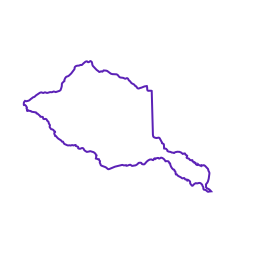 SVG path tracing the border of Apure, rotated 209°
{"feature_id": "VEN-25", "entity_name": "Apure", "entity_type": "State", "adm_level": 1, "iso_a3": "VEN", "parent_name": "Venezuela", "parent_adm1": "", "projection": "equal_earth", "projection_center": [-69.326, 7.078], "detail": "fine", "context": "isolated", "style": "outline", "palette": "violet", "viewbox_px": 256, "rotation_deg": 209, "n_neighbors": 0, "source": "natural_earth", "source_scale": "10m", "svg_char_len": 5797}
<svg xmlns="http://www.w3.org/2000/svg" viewBox="0 0 256 256"><g transform="rotate(209 128 128)"><path d="M27.1,113.7L25.4,113.2L24.6,112.9L26.2,111.8L26.7,111.3L27.2,111.0L27.9,111.0L29.8,111.4L30.4,111.3L31.7,110.9L32.4,111.2L32.7,111.5L33.2,112.4L33.4,112.7L34.9,113.6L35.7,114.4L37.3,114.8L37.7,114.9L38.4,114.8L38.9,114.6L39.2,114.4L40.6,113.1L41.0,112.9L41.8,112.7L42.1,112.5L42.3,112.2L42.9,111.1L43.5,109.0L43.5,108.9L43.9,108.6L44.6,108.7L46.6,109.6L46.9,109.9L47.4,110.8L47.8,111.3L48.2,111.4L49.7,111.7L50.4,111.7L50.7,111.3L50.8,110.8L51.0,110.9L51.5,111.4L51.9,111.3L52.6,110.9L53.0,110.8L53.3,110.9L54.0,111.3L54.4,111.4L54.8,111.4L55.0,111.2L55.3,110.8L56.1,110.3L56.7,110.3L58.0,110.5L60.6,110.4L61.8,110.6L63.0,111.1L63.7,110.7L64.4,111.4L65.1,112.5L65.7,113.0L66.5,113.1L66.8,113.3L67.2,113.8L67.7,113.9L68.6,113.7L70.1,114.2L71.5,115.0L72.8,116.0L74.0,117.4L74.5,117.2L75.1,117.6L75.8,118.1L76.4,118.4L77.0,118.3L78.6,117.5L79.1,117.1L80.4,117.8L81.9,118.3L83.5,118.4L84.7,118.1L85.7,116.5L86.1,116.3L86.9,116.5L87.5,116.2L88.1,115.7L88.9,114.6L89.2,114.0L89.6,114.1L89.8,114.2L89.9,114.3L90.1,114.0L90.3,113.8L90.3,112.9L90.5,112.1L91.1,111.9L91.8,111.9L92.4,111.8L93.7,110.9L94.6,109.5L95.3,107.8L96.0,104.5L96.4,103.9L97.9,103.3L98.3,103.3L98.6,103.4L99.2,103.8L99.4,103.9L100.0,103.8L100.9,103.3L101.7,102.7L102.0,101.9L102.2,101.0L102.7,99.9L103.3,99.0L103.8,98.6L104.2,98.3L105.8,97.0L106.3,96.8L108.0,97.0L108.4,96.8L108.9,96.4L110.4,94.7L110.9,94.3L111.4,94.2L111.8,94.5L112.2,94.1L113.4,93.4L113.8,93.2L114.7,93.1L115.3,92.8L120.6,87.9L124.5,83.0L125.3,82.4L126.1,82.4L127.7,82.8L129.0,82.8L133.0,82.2L133.9,82.4L135.1,83.5L135.7,83.8L135.9,84.0L136.3,85.1L136.4,85.4L137.7,86.0L138.4,86.6L138.6,86.5L139.0,86.1L140.4,86.0L140.9,85.7L141.3,85.7L141.7,87.1L142.2,87.9L142.2,88.1L142.1,88.6L142.2,88.8L142.3,88.9L142.8,88.8L144.1,89.8L146.3,90.2L149.5,89.5L150.0,89.3L150.5,88.7L152.2,87.3L152.7,87.1L154.9,87.3L155.6,87.5L157.0,88.4L157.8,88.5L158.6,88.1L159.8,86.6L160.5,86.3L161.2,86.1L161.6,86.1L161.7,86.5L162.7,87.3L163.4,87.2L164.2,87.1L164.9,87.0L165.3,87.4L165.6,87.7L166.3,87.2L167.3,86.3L168.5,86.0L168.9,85.7L169.6,84.9L170.6,84.6L171.8,83.8L172.5,83.5L175.9,83.2L176.7,83.5L177.5,84.1L178.2,84.5L179.0,84.1L180.6,84.7L183.8,84.9L185.6,85.4L186.3,85.7L187.0,86.0L187.8,85.7L187.9,85.8L188.1,86.2L189.0,86.6L189.8,87.4L190.1,88.3L189.8,89.1L190.1,89.5L190.4,89.5L191.2,89.5L192.0,90.0L192.4,90.1L193.6,90.1L194.5,89.7L194.9,89.8L196.9,90.8L197.2,91.2L197.5,92.3L198.0,92.9L199.3,93.5L199.8,94.0L200.2,94.5L200.7,94.9L202.4,95.3L203.0,95.8L203.6,96.1L204.5,96.0L205.7,95.1L206.5,95.0L207.9,96.3L208.6,96.1L209.3,95.7L210.1,95.4L210.3,95.5L210.7,95.9L214.2,96.7L214.8,96.4L215.1,96.4L215.5,96.8L215.7,97.0L216.4,96.9L219.9,95.6L220.7,95.5L221.3,95.7L221.5,95.6L222.9,95.1L223.7,95.1L223.9,95.1L223.9,94.9L223.9,94.4L224.1,94.2L224.5,94.1L224.8,94.3L225.5,95.4L226.2,95.9L226.4,96.2L226.2,96.7L226.9,97.3L228.0,97.9L229.0,98.2L230.1,97.6L230.4,97.8L231.2,99.3L231.4,100.0L231.4,100.8L231.2,101.8L230.8,101.8L229.8,102.2L228.5,103.4L227.9,104.1L227.5,104.9L227.1,106.2L226.6,107.1L226.1,108.5L225.8,108.9L225.0,109.8L224.8,110.2L224.3,111.9L222.2,116.0L221.6,116.7L220.9,117.2L219.6,117.4L218.9,117.7L218.2,118.7L217.9,118.9L217.5,119.1L216.2,119.3L215.4,119.7L213.6,121.6L212.1,122.3L211.7,122.6L211.1,123.4L210.8,123.8L210.0,124.1L208.6,124.4L205.9,127.3L205.4,128.5L205.7,130.5L206.2,132.5L207.2,134.5L207.3,135.6L207.0,136.5L206.7,137.4L206.4,138.4L206.8,138.8L207.0,139.7L207.1,141.5L206.8,142.8L206.2,143.6L205.5,144.3L205.0,145.3L204.1,148.2L203.4,153.2L203.4,153.7L203.6,154.2L204.0,155.1L204.0,155.6L203.8,156.4L203.3,157.2L202.7,157.8L201.2,158.8L200.9,159.1L200.1,160.1L199.8,160.3L199.1,160.6L198.9,160.9L198.7,161.3L198.4,162.6L197.5,165.0L197.0,165.8L196.4,166.3L196.0,166.4L195.3,166.2L194.9,166.2L194.5,166.4L194.1,166.8L193.7,167.8L193.1,168.4L191.8,168.2L190.8,167.3L189.9,166.1L188.9,165.3L183.6,163.6L181.2,163.3L180.6,163.1L180.3,163.1L179.9,163.4L179.3,164.2L178.9,164.6L178.5,164.7L178.1,164.7L177.7,164.9L177.5,165.4L177.4,165.9L177.3,166.4L177.0,166.7L176.3,166.9L175.2,167.5L173.8,167.8L169.4,167.2L167.9,167.5L164.0,169.4L162.8,169.4L160.5,168.5L159.8,168.4L159.1,168.5L156.6,169.5L154.5,169.7L154.1,169.9L153.2,171.0L152.7,171.2L151.9,171.1L150.5,170.2L149.8,170.0L149.0,169.9L146.9,169.0L146.1,168.9L144.0,169.0L143.2,168.8L142.4,168.4L141.6,168.2L141.0,168.4L139.7,167.7L139.0,167.4L138.2,167.5L137.6,167.9L136.6,169.1L135.9,169.7L133.8,172.3L131.9,173.8L131.1,173.0L129.7,170.8L129.0,170.3L128.1,170.5L126.4,171.5L125.6,171.9L125.2,171.9L102.9,134.1L101.8,132.8L100.8,132.5L99.6,132.6L98.3,133.0L96.4,134.5L95.3,134.4L91.8,132.1L91.3,131.9L91.0,131.3L90.8,131.2L90.5,131.2L89.7,131.3L89.3,131.3L88.8,131.1L88.5,130.8L86.7,127.9L86.5,127.6L85.9,127.8L85.0,128.2L84.4,128.2L82.9,127.7L82.5,127.1L82.2,127.0L81.2,127.0L79.2,127.7L77.7,127.8L76.4,128.4L75.7,128.4L75.4,128.7L75.3,129.1L74.9,129.8L73.4,131.1L71.7,132.0L69.9,132.3L67.5,131.9L67.2,132.2L66.9,132.6L66.5,133.0L65.8,133.3L65.5,133.2L65.3,132.9L64.9,132.6L63.2,132.5L62.7,132.3L62.6,131.8L62.5,130.7L62.2,130.4L61.6,130.3L60.2,130.7L59.6,130.6L58.6,130.2L58.0,130.1L57.5,130.3L56.6,130.8L56.2,131.0L55.5,130.2L54.7,130.0L54.1,130.2L54.1,130.3L53.4,130.3L53.3,129.9L53.1,129.7L52.8,129.8L52.3,130.1L52.1,130.2L51.9,130.2L51.5,129.8L51.3,129.4L51.0,129.2L49.8,129.1L49.4,129.2L49.2,129.5L49.3,130.3L48.3,130.0L47.5,130.0L46.7,130.2L45.7,130.2L45.8,131.1L45.6,131.2L45.2,131.1L44.9,131.1L43.7,132.2L43.2,132.3L42.1,132.2L38.3,131.0L37.9,130.7L37.1,129.8L36.6,129.4L35.7,128.8L35.3,128.5L34.7,127.6L32.8,122.7L32.5,121.4L32.2,120.1L32.1,118.7L32.2,118.3L32.5,116.5L32.4,116.2L32.2,116.1L31.0,114.0L29.9,113.6L27.1,113.7Z" fill="none" stroke="#5b21b6" stroke-width="2"/></g></svg>